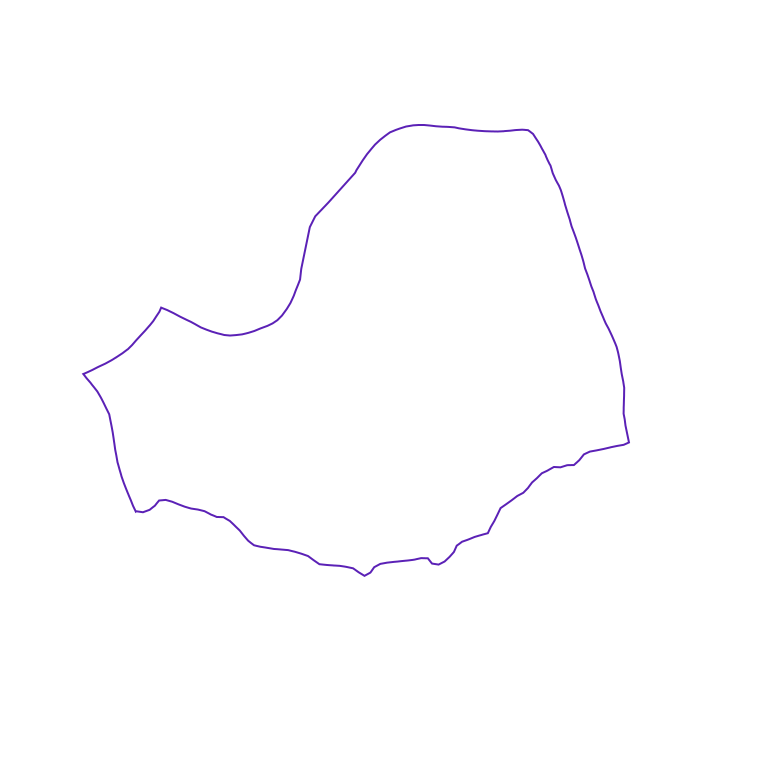 outline of Hajar, Hadramawt, Yemen, rotated 321°
{"feature_id": "15242507B42870689355247", "entity_name": "Hajar", "entity_type": "district", "adm_level": 2, "iso_a3": "YEM", "parent_name": "Yemen", "parent_adm1": "Hadramawt", "projection": "mercator", "projection_center": [48.314, 14.515], "detail": "fine", "context": "isolated", "style": "outline", "palette": "violet", "viewbox_px": 768, "rotation_deg": 321, "n_neighbors": 0, "source": "geoboundaries", "source_scale": "gbopen_adm2", "svg_char_len": 4606}
<svg xmlns="http://www.w3.org/2000/svg" viewBox="0 0 768 768"><g transform="rotate(321 384 384)"><path d="M258.9,184.4L257.2,185.3L254.9,186.5L249.4,188.2L247.9,188.7L244.2,189.9L238.5,191.1L238.2,191.1L232.0,192.2L225.5,193.1L224.2,193.3L218.8,194.1L212.7,195.2L207.6,195.7L206.8,195.8L206.2,195.7L200.1,195.5L193.1,194.8L187.4,194.1L180.3,192.8L173.9,191.2L171.8,190.7L166.0,189.5L161.6,188.4L158.6,187.6L156.6,187.0L156.5,192.7L156.7,198.3L156.6,200.7L156.6,203.8L156.5,209.5L155.6,215.4L155.2,217.6L154.2,222.3L152.7,228.7L152.6,229.2L151.4,234.6L148.8,239.5L145.8,245.2L142.7,250.9L139.7,256.0L137.9,259.0L136.9,260.7L133.7,266.0L131.1,270.9L127.6,277.2L126.6,279.6L124.6,284.2L122.6,289.0L121.9,290.5L119.5,297.2L117.8,302.5L116.3,307.4L116.0,308.5L115.5,310.1L114.1,315.0L112.3,320.7L110.8,327.0L111.4,327.0L116.0,332.0L117.5,332.5L122.7,334.3L126.4,334.3L129.3,334.4L132.4,333.7L135.9,333.0L138.1,334.5L141.4,336.7L145.3,342.2L147.9,347.0L148.5,348.1L151.9,353.9L154.5,357.7L155.8,359.5L160.4,364.5L164.5,369.9L166.8,375.2L167.2,376.3L169.0,379.5L170.4,382.2L172.0,383.5L175.5,386.5L176.2,388.6L178.0,393.4L178.8,399.5L178.9,400.5L179.0,401.5L179.7,407.1L179.6,413.9L179.8,420.1L179.9,420.7L180.6,423.9L181.5,427.5L183.0,429.5L185.5,432.7L188.7,436.2L190.1,437.8L191.8,439.7L194.7,443.0L197.0,445.1L199.9,447.9L205.0,452.8L207.4,456.0L209.1,458.2L213.0,463.9L216.7,469.9L218.4,476.5L220.4,483.4L222.7,485.7L225.1,488.1L227.3,490.2L230.1,492.8L230.8,493.5L231.4,494.0L235.1,497.4L238.4,501.0L239.7,502.5L244.0,507.8L245.8,514.3L247.9,520.2L248.1,520.8L254.7,522.0L255.9,521.7L261.1,520.2L267.5,521.4L268.0,521.5L269.6,522.4L274.0,524.8L280.1,528.7L282.6,530.4L285.6,532.3L289.1,534.6L291.5,536.2L295.5,538.7L297.4,539.8L298.9,540.5L303.3,542.7L306.2,545.2L308.4,547.0L308.3,553.7L308.7,554.2L312.8,558.7L319.4,560.1L326.2,559.6L331.1,558.8L332.7,558.5L338.8,555.4L341.7,555.6L345.4,555.7L350.4,557.5L351.9,558.0L353.2,558.4L358.2,559.9L362.8,561.8L364.6,562.6L366.1,563.2L370.8,565.3L377.0,562.3L383.5,559.9L390.2,556.8L396.5,553.8L403.2,554.3L409.9,554.7L417.1,554.9L423.8,556.2L430.5,555.4L432.3,554.9L437.1,553.7L443.7,553.4L447.4,553.0L450.5,552.7L455.7,554.0L457.2,554.3L458.0,554.4L463.8,555.4L468.7,559.8L475.3,562.4L480.6,566.5L487.8,566.1L494.2,564.7L494.9,564.5L496.7,564.9L501.5,566.1L502.4,566.6L507.3,569.3L513.8,572.7L520.0,575.7L520.3,575.8L526.1,578.8L532.0,582.1L535.7,583.1L537.6,583.6L545.5,568.3L548.9,562.8L551.5,557.9L554.2,554.7L555.5,553.1L557.0,551.4L559.9,548.0L563.3,544.1L564.1,543.1L568.3,538.1L570.9,533.6L571.4,532.8L575.0,525.9L578.2,520.4L581.7,514.6L583.7,510.8L585.1,508.1L585.9,506.5L588.1,501.6L589.2,498.1L589.6,496.7L590.2,494.6L591.5,489.9L591.9,488.3L593.4,482.2L594.2,477.8L594.5,476.3L595.6,472.3L596.3,470.0L598.0,463.9L600.1,457.6L601.1,454.2L602.1,451.1L604.1,446.0L604.8,444.3L604.9,444.0L606.5,438.8L608.1,434.6L608.7,433.1L611.0,426.8L613.0,420.7L615.7,415.0L616.5,413.2L618.7,407.9L620.8,402.3L621.2,401.3L623.1,396.4L625.1,391.1L627.0,385.6L629.0,379.5L631.1,374.7L631.9,373.0L633.1,369.8L634.6,365.9L637.6,358.5L638.5,356.6L640.9,351.0L642.5,347.0L642.6,346.8L643.5,344.4L644.8,339.9L645.2,337.4L645.9,333.5L647.8,326.4L649.0,323.5L649.2,323.1L650.9,318.9L651.1,317.3L651.3,316.4L652.1,312.8L652.9,309.9L653.0,309.4L653.7,307.4L654.1,305.0L654.5,302.8L654.7,301.7L654.7,301.4L654.9,300.4L655.6,296.9L656.3,292.3L656.4,291.0L656.7,288.0L657.2,283.5L656.3,279.7L655.8,277.8L655.7,277.4L652.7,274.5L651.4,273.3L646.4,269.7L645.5,269.1L641.4,266.5L637.1,263.5L636.0,262.8L635.8,262.7L635.7,262.6L631.1,259.2L626.0,254.9L621.6,251.1L616.4,246.3L613.3,243.3L612.1,242.1L607.7,237.5L604.0,233.4L603.1,232.4L600.4,229.0L595.7,224.6L594.0,223.1L591.3,220.8L586.6,216.4L582.2,211.9L578.3,208.1L573.9,204.5L569.4,201.3L568.1,200.6L563.2,197.8L558.1,195.8L556.8,195.3L552.8,193.9L552.4,193.8L547.0,192.2L541.3,191.9L541.1,191.9L534.8,191.8L527.7,192.3L525.0,192.8L521.8,193.4L519.5,193.9L515.5,194.7L508.2,196.8L507.0,197.2L502.5,198.7L497.1,200.5L494.6,201.7L454.8,208.0L436.1,210.4L425.1,215.4L392.1,242.5L384.5,250.0L383.1,250.8L379.6,252.8L374.7,255.5L373.5,256.2L369.5,258.6L365.9,260.4L362.2,262.2L358.8,263.4L355.7,264.5L347.8,266.6L341.3,267.3L335.6,266.8L330.1,265.5L323.0,263.1L316.6,261.2L313.3,259.9L310.8,258.9L308.2,257.7L304.9,256.1L299.7,252.8L294.8,249.4L290.7,245.4L288.8,242.8L286.5,239.8L284.8,237.3L283.2,235.0L280.2,230.0L277.3,224.8L276.3,222.3L275.2,219.5L274.9,218.7L273.0,214.1L271.2,210.4L270.5,208.9L267.8,203.1L265.0,196.4L263.4,193.0L262.1,190.2L259.2,185.0L258.9,184.4Z" fill="none" stroke="#5b21b6" stroke-width="2"/></g></svg>